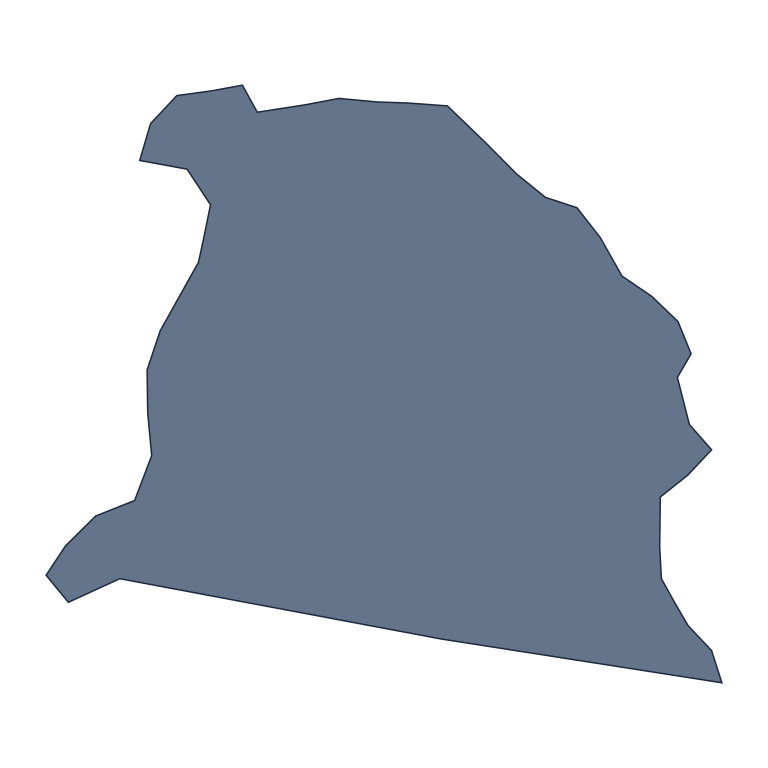 Areial, Paraíba, Brazil
{"feature_id": "56859067B12551730275049", "entity_name": "Areial", "entity_type": "district", "adm_level": 2, "iso_a3": "BRA", "parent_name": "Brazil", "parent_adm1": "Paraíba", "projection": "mercator", "projection_center": [-35.932, -7.048], "detail": "fine", "context": "isolated", "style": "filled", "palette": "slate", "viewbox_px": 768, "rotation_deg": 0, "n_neighbors": 0, "source": "geoboundaries", "source_scale": "gbopen_adm2", "svg_char_len": 700}
<svg xmlns="http://www.w3.org/2000/svg" viewBox="0 0 768 768"><path d="M721.9,682.8L711.6,650.6L688.2,625.8L674.5,602.3L661.4,578.7L659.7,547.0L660.3,497.0L687.7,475.2L711.6,449.8L689.4,424.5L677.4,377.4L691.1,353.8L678.0,321.6L651.7,296.3L622.0,276.1L600.3,237.6L576.9,207.7L545.5,197.4L516.4,173.8L486.2,143.3L447.4,105.9L408.0,103.0L376.0,101.9L338.9,98.4L305.2,104.8L257.3,112.2L242.4,85.2L210.5,91.0L176.8,95.6L150.5,123.7L139.7,160.5L187.1,169.2L210.5,204.8L204.8,233.0L198.5,262.3L178.5,298.0L160.2,330.8L147.1,369.9L147.7,413.0L151.7,455.6L134.6,500.5L95.7,516.0L65.5,545.9L46.1,575.2L68.3,602.3L119.7,578.7L441.7,639.1L721.9,682.8Z" fill="#64748b" stroke="#1e293b" stroke-width="1.5"/></svg>